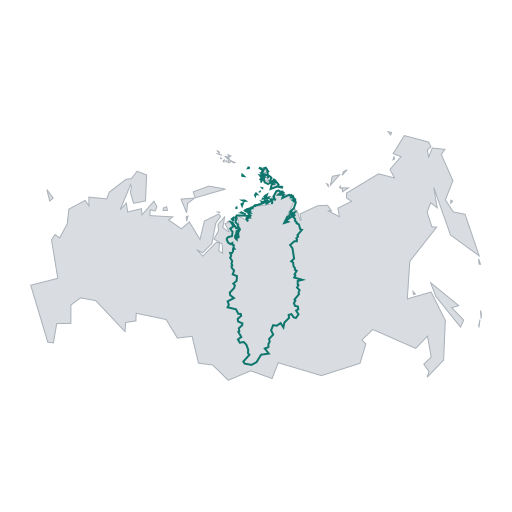 Krasnoyarsk on a map of Russia (orthographic projection)
{"feature_id": "RUS-2603", "entity_name": "Krasnoyarsk", "entity_type": "Territory", "adm_level": 1, "iso_a3": "RUS", "parent_name": "Russia", "parent_adm1": "", "projection": "orthographic", "projection_center": [95.961, 66.535], "detail": "fine", "context": "in_parent", "style": "outline", "palette": "teal", "viewbox_px": 512, "rotation_deg": 0, "n_neighbors": 0, "source": "natural_earth", "source_scale": "10m", "svg_char_len": 9833}
<svg xmlns="http://www.w3.org/2000/svg" viewBox="0 0 512 512"><path d="M443.6,360.1L427.2,377.2L428.9,371.5L423.8,364.2L431.2,357.1L427.5,336.1L415.7,348.4L372.9,329.5L361.9,339.9L365.9,343.9L360.0,363.3L321.4,375.6L278.2,362.8L272.1,378.5L250.6,370.8L228.3,380.3L212.7,365.0L198.5,363.2L192.1,336.3L177.4,338.1L166.1,319.5L136.2,313.3L135.9,320.9L125.7,322.5L125.0,331.6L95.7,300.6L80.6,297.9L70.9,305.0L70.9,323.4L56.7,323.6L53.4,342.9L47.8,342.2L30.7,285.2L57.8,278.3L51.5,239.8L55.1,234.6L59.6,237.9L67.2,224.0L68.9,209.1L85.2,200.4L88.9,205.9L88.9,197.1L106.8,198.9L109.3,192.1L126.0,179.3L131.4,178.7L137.0,171.3L146.6,174.9L145.5,201.0L133.6,203.3L130.4,192.4L131.4,187.1L130.6,184.6L120.1,209.9L126.3,203.1L127.7,212.0L141.4,208.7L142.0,214.8L153.9,201.2L156.9,206.6L155.2,211.0L150.2,209.8L149.9,215.6L172.7,216.9L168.6,219.9L181.4,228.8L189.3,221.9L200.0,239.5L204.4,221.0L218.8,214.0L220.6,216.4L215.7,223.4L211.9,243.5L202.5,252.9L196.7,249.6L202.8,256.1L216.3,242.4L219.6,242.7L218.8,250.9L222.7,253.4L222.2,244.0L214.0,239.1L218.5,230.8L218.0,224.4L224.6,217.0L222.9,227.5L227.6,231.3L229.1,231.6L225.0,223.6L230.8,221.9L238.9,228.7L235.3,235.6L236.6,239.4L239.8,229.1L236.9,215.4L247.8,220.8L250.2,216.3L247.9,210.3L250.6,207.2L271.9,203.9L270.5,199.4L277.6,190.5L295.0,199.1L284.3,223.0L292.4,213.0L297.6,212.4L299.8,219.3L300.5,220.3L301.2,220.3L300.1,213.9L317.9,205.7L327.6,205.3L331.5,211.0L327.7,210.7L339.5,216.7L337.9,208.2L351.6,201.3L346.6,198.1L346.5,193.1L378.6,173.8L394.5,178.0L390.0,169.4L401.0,156.7L393.2,153.6L404.3,135.6L428.6,142.1L430.9,146.8L427.3,150.1L428.6,157.0L432.3,148.0L444.9,149.4L441.3,154.5L452.9,180.7L445.4,199.9L453.3,212.0L465.0,214.2L479.2,255.9L450.5,235.0L433.7,187.3L437.2,207.8L430.7,202.8L427.1,212.1L431.9,226.8L436.6,227.2L409.8,261.3L407.3,298.9L431.1,292.0L445.3,320.4L443.6,360.1ZM225.5,189.1L195.4,197.7L193.2,191.9L208.9,186.1L225.5,189.1ZM430.6,282.7L458.7,305.6L451.8,307.7L463.7,320.2L460.5,327.1L435.8,296.4L430.6,282.7ZM181.0,199.1L194.7,198.0L187.6,203.4L186.6,212.8L181.0,199.1ZM330.4,185.2L332.3,176.3L339.6,174.8L330.4,185.2ZM264.9,175.6L271.1,182.9L262.4,179.5L264.9,175.6ZM263.3,169.4L268.1,171.6L261.0,173.7L263.3,169.4ZM273.0,180.2L278.5,184.5L270.7,189.0L273.0,180.2ZM342.1,175.4L343.5,171.6L347.2,169.7L342.1,175.4ZM46.9,189.6L53.2,198.2L49.7,201.0L46.9,189.6ZM219.4,154.3L222.2,155.4L216.5,153.4L219.4,154.3ZM342.4,187.9L348.5,187.9L342.5,191.8L342.4,187.9ZM167.4,210.5L163.1,210.5L163.4,208.0L166.7,206.8L167.4,210.5ZM224.7,156.3L227.4,156.9L227.6,158.8L224.7,156.3ZM231.7,161.1L229.1,162.8L228.1,160.9L229.5,159.7L231.7,161.1ZM233.5,162.9L231.9,161.4L235.0,162.3L233.5,162.9ZM188.1,216.1L186.5,221.2L186.3,216.5L188.1,216.1ZM263.4,176.8L261.4,178.1L260.3,176.1L263.4,176.8ZM228.0,154.7L230.9,156.0L228.8,156.8L228.0,154.7ZM391.6,132.5L390.6,135.0L388.1,131.7L391.6,132.5ZM218.9,151.5L219.6,153.4L216.8,150.6L218.9,151.5ZM219.8,212.5L216.5,211.8L219.9,212.2L219.8,212.5ZM294.7,208.7L296.8,211.3L294.0,210.2L294.7,208.7ZM394.0,156.4L394.5,159.1L393.0,159.8L394.0,156.4ZM226.2,161.7L225.6,160.0L227.1,162.1L226.2,161.7ZM229.2,157.3L228.8,159.3L228.1,157.3L229.2,157.3ZM480.5,310.5L481.3,313.3L481.1,318.6L480.5,310.5ZM224.2,160.0L224.0,162.1L223.0,161.1L224.2,160.0ZM230.7,221.3L227.9,221.9L227.5,221.5L230.7,221.3ZM452.7,201.2L450.8,203.3L450.8,200.2L452.7,201.2ZM340.4,186.1L341.2,188.5L339.6,187.5L340.4,186.1ZM413.0,291.5L415.4,294.0L413.5,294.5L413.0,291.5ZM478.7,258.9L480.5,264.3L479.0,264.1L478.7,258.9ZM222.1,158.9L220.6,158.5L220.7,157.8L222.1,158.9ZM233.4,217.8L232.2,219.9L232.0,219.1L233.4,217.8ZM328.2,184.5L328.2,186.3L326.6,183.7L328.2,184.5ZM478.6,326.0L480.0,319.6L479.0,326.7L478.6,326.0Z" fill="#d9dde1" stroke="#a8b0b8" stroke-width="1"/><path d="M230.8,222.0L232.7,222.7L236.1,228.2L239.3,228.7L238.4,230.6L236.6,231.2L236.1,234.6L235.1,235.8L235.1,238.3L235.2,235.8L237.5,233.3L237.6,235.0L235.7,238.6L236.7,239.5L236.6,237.8L238.6,237.2L238.1,232.7L239.9,229.5L237.6,225.8L237.9,224.6L235.4,222.1L236.3,219.4L235.6,217.8L236.3,217.7L235.9,216.8L236.8,215.4L249.4,215.8L246.5,218.0L246.4,219.0L247.9,221.5L246.6,218.3L249.3,217.6L250.5,215.8L247.7,212.3L250.2,212.6L249.0,211.4L249.5,211.2L247.8,210.4L248.6,209.2L249.9,210.9L249.7,210.2L251.0,208.8L250.7,208.4L251.8,208.3L250.6,207.2L252.1,207.9L254.7,205.4L255.4,205.9L255.9,205.1L258.7,204.9L258.9,204.3L260.0,204.3L262.0,203.6L263.1,203.1L260.9,202.8L262.8,202.3L262.3,201.8L267.2,203.0L266.8,203.6L270.6,200.8L272.2,202.2L272.0,204.0L272.3,201.8L270.5,199.3L276.0,199.7L273.7,198.7L274.2,197.3L273.5,196.6L276.4,191.1L278.6,190.5L281.2,192.3L278.3,194.7L283.6,194.9L282.4,198.0L289.2,194.8L291.4,196.3L291.0,197.3L292.5,196.9L292.3,197.6L293.0,198.1L292.7,198.8L293.4,197.1L294.5,199.7L295.2,199.5L295.3,201.7L295.1,200.9L294.2,201.0L294.3,200.7L293.1,200.1L292.7,200.2L295.8,202.4L293.9,208.1L290.7,211.3L291.4,211.3L288.9,216.3L287.2,216.8L284.2,223.0L288.1,221.8L286.0,220.6L294.1,214.8L294.6,215.2L293.2,217.1L295.2,219.0L295.0,220.9L296.8,222.4L296.6,223.3L298.9,224.4L300.2,229.2L301.9,229.8L297.4,235.2L298.1,236.5L296.3,238.4L297.0,239.5L296.8,241.3L294.5,241.2L290.1,245.0L292.5,248.4L294.1,258.6L291.2,261.3L293.1,262.5L293.6,266.5L294.8,267.7L295.0,269.9L296.7,270.8L294.5,274.4L295.4,275.4L294.2,277.5L302.3,279.8L297.7,281.0L297.7,284.4L298.5,285.1L297.0,287.5L299.6,290.2L298.5,292.7L299.0,294.2L294.5,299.5L295.4,300.6L293.9,303.1L295.0,305.9L297.8,306.5L298.3,309.2L296.1,310.6L298.5,314.3L295.9,318.0L293.7,317.4L291.4,314.1L288.7,314.9L289.0,318.0L284.4,322.5L283.4,327.4L280.6,323.1L276.8,325.7L273.1,325.2L271.1,330.4L273.2,334.6L269.1,338.9L269.7,341.8L268.4,343.9L268.4,347.2L264.8,348.5L268.8,353.6L261.1,354.7L256.5,362.2L251.5,364.9L244.7,363.6L243.3,361.6L249.4,354.8L248.0,353.2L248.2,349.7L246.3,344.6L243.7,342.0L239.8,342.7L237.9,339.4L241.3,337.0L238.3,331.8L239.3,331.1L238.8,328.3L242.2,325.2L242.4,323.4L238.1,321.5L237.7,318.9L241.2,315.8L240.7,313.9L238.3,313.8L236.0,309.3L227.6,307.3L228.8,304.8L227.7,301.3L233.9,298.1L230.2,295.2L229.8,292.6L234.0,288.2L234.9,285.4L233.3,283.6L236.6,280.9L237.0,276.1L232.7,274.4L234.1,270.5L231.8,267.9L231.5,266.2L232.3,265.5L231.5,263.5L232.2,261.1L230.1,257.7L231.2,255.9L230.2,253.0L231.8,253.2L233.1,251.1L233.0,249.1L234.5,248.8L233.5,247.5L233.8,245.2L232.4,244.7L232.4,243.0L230.4,244.1L228.1,242.6L226.8,239.7L226.8,238.5L228.3,237.0L231.9,236.2L232.3,234.5L232.5,231.8L230.2,228.7L233.5,226.2L230.8,222.0ZM271.1,182.4L268.0,184.0L264.6,182.3L264.0,179.6L263.2,179.7L263.5,178.8L262.6,179.8L262.2,179.0L264.5,177.4L263.9,176.8L264.8,175.5L267.9,175.0L268.5,175.8L267.5,178.1L269.0,175.8L270.9,177.2L270.7,180.6L269.9,180.8L271.1,182.4ZM265.8,167.7L268.2,171.4L267.3,171.8L267.7,174.0L267.4,174.7L264.3,175.3L263.4,176.2L261.5,174.9L262.9,174.1L260.8,174.0L262.2,173.5L261.4,173.0L262.4,172.7L263.1,170.9L262.3,171.0L262.9,169.6L265.6,168.2L265.1,167.9L265.8,167.7ZM278.6,184.6L278.0,186.3L270.6,189.0L271.8,184.2L272.9,184.1L272.4,183.8L272.4,182.6L272.6,182.3L273.3,182.6L272.5,182.1L272.6,181.2L273.9,179.5L275.0,180.2L274.4,183.5L275.7,181.1L278.6,184.6ZM260.1,175.6L263.5,176.8L262.5,178.0L261.1,178.2L261.7,177.8L260.1,175.6ZM294.7,212.3L292.0,215.5L291.4,214.7L292.0,213.1L294.7,212.3ZM233.6,220.1L233.1,220.4L231.8,219.1L233.4,217.8L233.6,220.1ZM261.4,168.5L261.0,169.1L259.7,168.2L259.9,167.9L261.4,168.5ZM248.4,167.5L249.7,168.0L248.0,168.2L248.4,167.5ZM243.8,176.1L242.6,176.0L242.7,175.5L242.2,175.2L242.3,174.7L243.8,176.1ZM267.1,200.9L266.6,202.0L264.9,201.3L265.0,200.8L267.1,200.9ZM266.9,194.7L266.4,196.1L264.9,196.0L265.2,195.7L266.9,194.7ZM242.9,203.4L242.1,205.6L241.5,204.1L242.9,203.4ZM282.2,187.0L282.0,187.6L280.5,187.3L281.7,186.7L282.2,187.0ZM256.1,193.5L256.8,194.2L255.8,194.1L256.1,193.5ZM236.9,237.6L238.3,235.3L237.6,237.2L236.9,237.6ZM250.4,208.4L249.7,208.9L250.0,209.5L248.9,208.7L250.4,208.4ZM290.8,195.5L291.3,195.0L292.1,195.7L292.0,196.3L290.8,195.5ZM280.7,186.1L280.1,187.0L279.8,186.9L280.7,186.1ZM242.6,212.7L243.3,213.3L241.8,212.9L242.6,212.7ZM255.6,194.6L255.3,195.6L255.0,194.9L255.2,194.6L255.6,194.6ZM247.8,210.8L248.5,211.3L247.4,211.4L247.8,210.8ZM246.8,210.6L247.4,211.2L246.6,210.8L246.8,210.6ZM245.3,200.9L244.6,201.0L243.7,200.5L244.4,200.4L245.3,200.9ZM282.8,192.1L283.4,192.6L282.7,193.0L282.8,192.1ZM266.4,198.0L266.6,198.6L265.9,198.6L266.4,198.0ZM241.2,212.4L241.7,212.9L241.0,212.6L241.2,212.4ZM267.3,202.5L268.2,202.0L267.2,202.8L267.3,202.5ZM267.8,200.7L267.7,201.1L267.3,201.5L267.2,201.3L267.4,200.4L267.8,200.7ZM236.5,207.7L236.7,208.8L236.2,208.0L236.5,207.7ZM247.8,209.7L246.8,209.4L247.6,209.1L247.8,209.7ZM246.1,211.0L245.4,211.2L245.7,211.6L245.2,211.1L246.1,211.0ZM244.7,213.9L244.6,214.3L243.7,213.8L244.7,213.9ZM264.1,201.3L264.2,201.5L263.5,201.3L264.1,201.3ZM248.1,217.2L248.6,217.5L247.8,217.5L248.1,217.2ZM282.0,191.6L281.8,192.2L281.5,192.2L281.7,191.6L282.0,191.6ZM264.7,197.9L265.0,198.3L264.2,198.4L264.7,197.9ZM270.9,178.0L271.3,178.2L270.8,178.7L270.9,178.0ZM260.8,179.9L261.7,179.8L261.4,180.1L260.8,179.9ZM268.3,197.9L268.6,198.7L268.1,198.1L268.3,197.9ZM242.7,200.5L243.6,201.1L242.6,200.5L242.7,200.5ZM265.2,198.0L265.8,198.1L265.3,198.4L265.2,198.0ZM262.3,179.9L262.1,180.2L261.8,179.9L262.1,179.8L262.3,179.9ZM263.2,188.3L262.8,188.3L262.7,188.2L263.2,188.3ZM264.1,176.0L263.9,176.3L263.6,176.3L263.7,176.1L264.1,176.0ZM293.5,196.4L293.0,196.5L293.5,196.4ZM261.2,181.7L261.9,182.2L261.2,181.8L261.2,181.7ZM268.6,197.5L268.3,197.9L267.9,197.7L268.6,197.5ZM260.2,191.6L260.4,191.8L260.1,191.7L260.2,191.6ZM266.7,200.5L267.2,200.4L267.3,200.5L266.7,200.5ZM262.8,198.6L263.5,198.9L262.7,198.8L262.8,198.6ZM260.1,179.0L260.5,179.6L259.7,178.8L260.1,179.0ZM264.6,201.2L264.8,201.6L264.5,201.5L264.6,201.2ZM280.7,193.2L280.7,192.9L280.9,193.0L280.7,193.2Z" fill="none" stroke="#0f766e" stroke-width="2"/></svg>